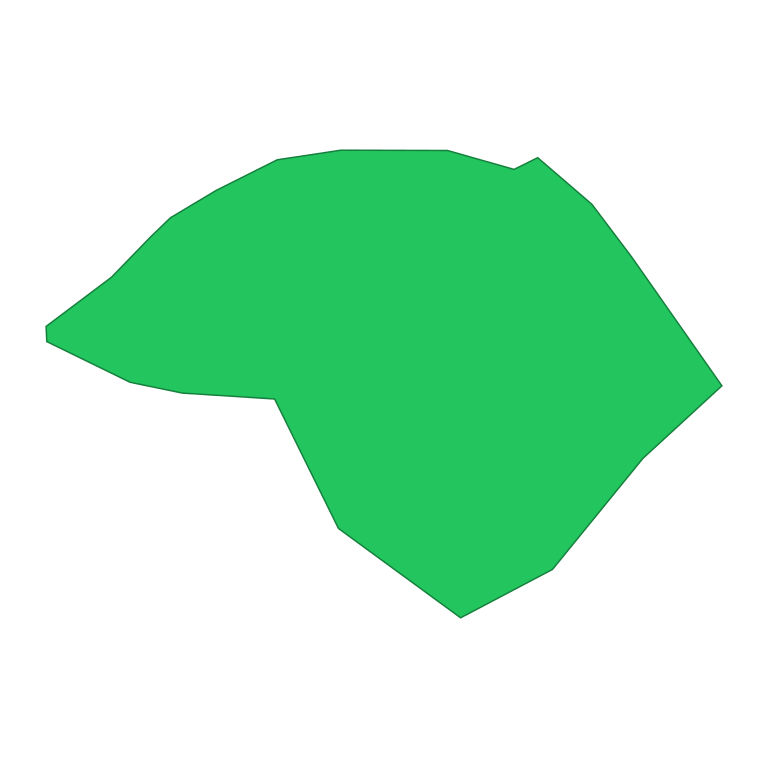 outline of Western, American Samoa, United States of America
{"feature_id": "52423323B2854744470595", "entity_name": "Western", "entity_type": "district", "adm_level": 2, "iso_a3": "USA", "parent_name": "United States of America", "parent_adm1": "American Samoa", "projection": "robinson", "projection_center": [-170.781, -14.331], "detail": "fine", "context": "isolated", "style": "filled", "palette": "green", "viewbox_px": 768, "rotation_deg": 0, "n_neighbors": 0, "source": "geoboundaries", "source_scale": "gbopen_adm2", "svg_char_len": 394}
<svg xmlns="http://www.w3.org/2000/svg" viewBox="0 0 768 768"><path d="M537.7,157.7L514.0,169.4L447.5,150.5L340.8,150.2L277.2,159.8L216.2,190.4L170.5,217.7L150.7,236.8L111.5,277.2L46.1,326.4L46.8,341.6L130.1,382.3L182.4,393.1L274.6,399.0L338.5,528.5L460.6,617.8L552.5,569.4L642.9,458.4L721.9,385.8L631.6,256.9L591.9,204.3L537.7,157.7Z" fill="#22c55e" stroke="#15803d" stroke-width="1.5"/></svg>